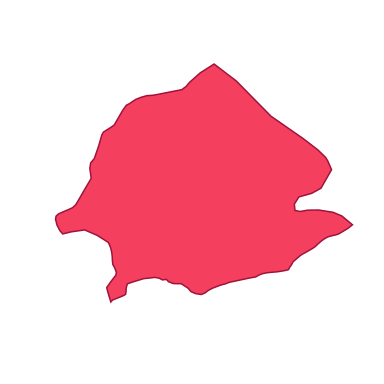 the district of Baoro, Nana-Mambéré, Central African Republic, rotated 247°
{"feature_id": "33826404B60338684619617", "entity_name": "Baoro", "entity_type": "district", "adm_level": 2, "iso_a3": "CAF", "parent_name": "Central African Republic", "parent_adm1": "Nana-Mambéré", "projection": "robinson", "projection_center": [16.033, 5.49], "detail": "fine", "context": "isolated", "style": "filled", "palette": "rose", "viewbox_px": 384, "rotation_deg": 247, "n_neighbors": 0, "source": "geoboundaries", "source_scale": "gbopen_adm2", "svg_char_len": 1724}
<svg xmlns="http://www.w3.org/2000/svg" viewBox="0 0 384 384"><g transform="rotate(247 192 192)"><path d="M99.1,326.9L111.5,320.5L118.3,313.8L125.9,301.6L130.1,291.4L131.8,284.0L134.7,279.6L140.9,281.5L143.9,285.9L145.7,288.4L144.0,301.6L145.1,312.2L152.6,322.1L158.0,329.2L167.7,329.1L171.6,328.5L181.6,324.3L197.9,315.1L230.9,294.3L276.8,276.2L301.2,262.3L298.5,246.3L294.1,233.1L291.4,227.6L290.2,222.6L296.2,194.2L298.3,188.2L299.1,181.9L299.2,176.4L298.6,173.0L297.8,169.0L297.5,165.4L294.1,159.9L284.1,146.6L283.4,143.6L282.6,139.0L281.8,133.9L279.8,131.3L270.9,124.1L261.0,115.2L258.4,110.1L253.7,107.2L243.9,104.5L235.5,93.1L228.3,83.6L225.5,79.6L224.2,75.6L224.1,70.8L224.1,65.0L224.0,60.6L222.9,57.4L220.1,55.7L214.2,54.8L208.0,55.3L203.9,56.6L202.5,65.3L199.0,78.4L189.1,87.8L178.2,95.3L172.2,95.3L167.3,94.4L163.1,93.1L160.0,91.9L156.2,90.8L152.0,91.2L147.7,91.0L145.2,89.4L141.2,82.3L137.4,76.2L133.5,75.5L122.5,74.3L123.6,76.7L123.4,88.2L123.7,90.8L126.3,92.5L129.0,93.7L130.2,94.6L132.7,96.6L132.4,101.4L132.0,105.4L131.6,109.2L131.1,113.8L130.6,115.3L127.9,124.4L125.6,128.0L122.6,130.5L121.6,134.2L118.5,135.4L115.2,138.8L114.2,140.7L111.8,146.2L105.0,150.8L100.7,152.1L97.0,155.7L94.0,160.5L94.0,164.6L94.8,167.5L95.1,169.4L95.4,173.1L95.3,177.0L95.1,181.2L94.9,183.7L94.4,186.6L94.3,190.9L90.3,211.6L88.9,217.5L89.2,219.7L89.4,222.2L89.2,225.3L88.4,229.3L87.4,232.6L86.3,236.0L85.3,239.0L83.8,244.9L83.0,248.8L82.8,250.5L84.5,252.5L86.0,255.0L88.4,258.0L88.9,259.8L90.0,263.2L91.2,267.0L91.6,269.0L91.9,272.4L92.2,275.0L93.0,281.2L93.5,283.8L94.9,287.5L96.2,291.5L97.1,295.1L97.6,299.5L97.0,304.0L96.3,307.8L96.1,310.8L97.5,320.9L99.1,326.9Z" fill="#f43f5e" stroke="#9f1239" stroke-width="1.5"/></g></svg>